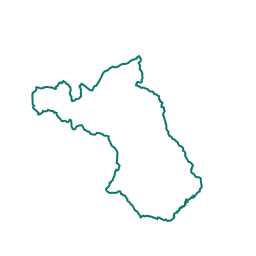 Quan Son, Thanh Hóa, Vietnam (orthographic projection), rotated 221°
{"feature_id": "81297802B81765499113898", "entity_name": "Quan Son", "entity_type": "district", "adm_level": 2, "iso_a3": "VNM", "parent_name": "Vietnam", "parent_adm1": "Thanh Hóa", "projection": "orthographic", "projection_center": [104.801, 20.254], "detail": "fine", "context": "isolated", "style": "outline", "palette": "teal", "viewbox_px": 256, "rotation_deg": 221, "n_neighbors": 0, "source": "geoboundaries", "source_scale": "gbopen_adm2", "svg_char_len": 5790}
<svg xmlns="http://www.w3.org/2000/svg" viewBox="0 0 256 256"><g transform="rotate(221 128 128)"><path d="M223.0,92.2L222.1,90.5L221.1,89.4L215.5,83.4L215.3,83.2L213.3,83.1L213.4,81.9L213.1,81.2L212.0,80.7L209.0,80.9L205.2,80.6L204.8,80.2L204.7,79.4L204.0,79.8L203.1,81.5L203.1,82.6L202.8,83.1L202.8,83.9L203.4,85.2L201.6,86.0L200.9,86.6L200.2,88.0L200.3,89.2L198.0,90.0L195.5,91.7L193.7,91.1L193.1,92.1L191.7,92.5L191.2,91.7L189.2,90.7L188.4,90.9L187.1,90.2L185.7,90.6L183.5,89.9L182.2,89.9L181.6,90.3L181.1,91.4L180.3,92.1L179.8,92.3L177.9,92.5L177.3,93.0L177.0,93.8L177.4,96.0L176.8,96.4L175.8,96.1L175.1,95.6L174.0,94.7L172.6,93.1L171.5,92.1L170.0,91.5L169.3,91.0L168.8,91.0L167.7,91.7L167.2,92.4L167.8,95.2L167.5,96.2L166.2,98.3L164.9,99.7L163.6,99.6L160.0,98.0L159.2,98.4L156.0,98.9L155.0,99.8L152.8,99.0L151.5,99.4L149.6,100.4L148.5,101.4L148.2,103.0L148.3,103.9L146.5,105.2L144.9,105.9L144.4,106.0L143.3,106.7L142.0,106.4L140.8,106.7L138.9,108.2L137.1,108.9L136.3,107.8L134.5,106.3L133.0,106.1L130.5,104.8L128.4,103.9L125.1,104.3L123.3,104.0L121.1,103.2L119.9,102.5L119.1,101.7L117.9,100.0L117.8,99.4L116.7,98.9L115.8,97.2L115.0,96.6L113.6,94.1L112.2,94.4L109.6,94.1L108.8,92.1L108.1,90.9L107.9,90.0L108.2,89.3L109.1,89.1L109.5,88.8L109.0,88.0L109.0,86.8L107.1,83.6L106.2,80.4L105.3,78.6L105.5,77.6L105.5,76.2L105.2,75.6L105.5,75.0L106.0,74.7L104.5,72.8L104.1,71.5L104.3,69.7L104.7,68.6L104.4,67.5L103.6,66.8L101.3,66.5L99.1,67.0L97.5,68.8L96.7,69.2L95.9,70.1L94.8,70.9L94.1,71.8L93.9,72.9L93.4,73.8L93.3,74.3L92.2,75.0L91.6,74.8L89.9,73.6L88.8,74.3L87.4,74.1L86.3,74.9L85.6,74.9L83.0,74.0L81.7,73.9L81.1,73.0L80.1,72.6L78.8,73.0L75.8,72.3L73.1,72.3L69.9,70.7L69.0,70.9L68.0,70.5L66.5,71.0L65.0,70.7L63.9,70.1L62.7,70.2L59.8,68.9L59.2,71.5L58.9,72.0L57.6,72.1L56.9,73.0L56.5,73.9L55.4,74.3L54.7,75.3L53.6,75.3L51.9,76.7L49.8,77.0L49.0,77.8L46.2,78.5L46.8,80.0L46.0,80.6L45.1,81.1L44.3,80.8L43.5,81.0L42.8,81.6L40.2,82.1L39.7,82.8L39.5,83.7L37.1,83.8L36.2,85.2L35.2,85.7L34.8,87.1L34.7,88.4L34.3,89.7L34.6,90.4L34.6,91.2L35.1,91.7L35.8,91.6L36.0,92.4L36.9,93.3L36.7,94.0L36.1,95.3L36.0,96.1L35.5,96.2L35.4,96.6L35.7,97.1L35.6,97.6L35.9,97.8L35.4,98.5L35.3,99.3L35.8,100.0L35.7,100.3L36.2,100.5L36.4,101.9L36.0,101.9L36.0,102.3L35.3,102.7L35.3,103.6L35.6,103.7L35.7,104.3L35.0,104.5L34.4,105.4L34.7,105.7L34.5,106.0L34.6,107.1L34.9,107.6L34.6,107.8L35.1,108.2L35.0,108.5L35.5,108.6L35.2,109.4L35.5,109.7L35.4,110.2L36.2,109.7L36.5,109.9L36.5,110.5L35.6,111.0L36.7,111.1L36.8,111.6L37.2,112.2L36.4,112.6L35.7,112.6L35.2,113.0L35.2,114.0L34.8,114.6L34.9,115.2L34.6,116.0L34.6,117.4L34.1,117.2L34.0,117.6L33.3,117.8L34.2,119.6L33.0,119.4L32.7,119.6L33.1,121.9L32.9,123.3L33.2,124.0L32.9,125.9L32.2,127.1L33.4,128.5L33.6,130.1L33.4,130.8L34.0,132.4L35.3,133.2L35.8,133.8L38.4,135.8L38.9,136.6L40.0,137.7L40.9,137.7L42.9,136.9L43.8,136.0L45.3,135.6L46.4,136.1L48.6,136.4L50.0,136.0L50.5,136.0L51.6,136.3L52.4,137.4L52.5,138.0L53.4,138.4L53.4,139.6L54.0,140.2L54.1,142.1L56.0,142.9L57.2,142.8L57.7,143.0L59.0,142.8L59.6,142.4L60.6,142.2L61.3,142.7L63.6,143.3L65.3,144.2L66.6,144.5L67.4,145.1L67.5,145.9L68.4,146.8L70.1,147.3L71.4,147.0L72.2,147.6L72.7,148.7L72.9,148.9L73.9,149.1L75.5,149.1L77.1,148.4L78.0,148.3L79.5,149.0L80.1,149.1L80.9,149.7L82.3,149.7L82.8,149.5L85.1,149.8L86.2,149.6L87.2,149.0L88.6,149.6L90.1,149.8L91.2,149.2L93.7,150.0L94.1,150.3L94.3,151.0L95.3,151.7L98.0,152.2L98.8,152.7L99.4,153.6L101.7,156.0L102.7,156.0L103.1,156.8L103.9,157.5L105.6,158.0L107.4,159.6L107.8,159.7L108.2,160.3L109.6,160.5L110.3,160.9L110.7,162.0L111.2,163.1L111.3,164.4L111.7,165.1L112.5,165.2L113.4,165.9L113.9,166.6L114.9,166.9L116.0,166.5L116.3,165.9L116.5,165.8L117.5,167.0L118.1,168.3L118.2,169.2L118.4,169.5L118.8,169.7L119.5,169.6L120.8,169.1L121.2,169.2L121.9,170.1L122.5,169.9L123.4,170.0L124.5,171.6L125.8,172.4L126.8,171.9L129.0,171.9L129.6,171.2L130.9,170.8L131.9,171.7L132.9,171.5L133.5,171.6L135.1,170.1L137.5,170.0L139.0,170.2L141.7,168.9L142.5,168.9L143.8,167.8L144.1,167.1L145.1,166.8L145.6,166.9L146.8,166.9L147.4,166.2L148.6,166.1L149.9,165.5L150.3,166.0L150.5,167.5L151.1,168.0L150.9,168.9L150.3,169.6L149.1,170.0L148.2,170.6L147.9,171.1L147.9,171.8L148.0,172.3L149.4,173.3L149.5,174.7L149.8,175.3L152.6,177.7L152.5,178.1L152.7,178.5L154.3,179.3L156.7,180.1L157.1,180.0L157.8,180.2L158.2,180.9L158.9,181.4L159.5,182.9L160.6,183.2L161.0,183.6L162.6,184.0L162.7,184.3L162.2,186.7L163.1,187.9L164.0,188.8L165.0,189.0L165.3,188.8L166.3,189.4L166.9,189.5L167.1,188.2L167.6,186.8L167.0,185.9L169.3,182.3L169.9,181.1L170.2,179.7L170.2,178.3L170.6,176.8L172.6,173.9L173.8,173.3L174.2,172.7L175.1,170.6L175.9,167.4L176.7,166.9L176.9,166.0L177.8,165.2L178.5,164.7L179.7,164.4L179.9,164.1L181.0,160.5L181.2,157.8L182.5,156.3L182.8,154.2L182.8,152.7L181.5,149.1L180.9,145.7L180.3,144.8L180.6,143.3L180.1,142.4L180.2,141.4L179.9,140.5L179.5,140.1L179.8,138.9L180.5,137.9L180.7,137.2L180.5,135.9L179.9,134.5L179.9,133.4L179.7,132.8L182.1,131.6L190.9,131.3L192.1,130.8L191.7,129.0L191.7,128.5L192.2,128.1L192.0,127.7L188.8,126.1L186.7,123.9L186.5,123.3L184.2,121.3L184.3,119.0L184.5,117.7L186.3,115.5L186.2,114.2L187.2,112.2L187.8,111.6L188.4,111.7L188.9,112.6L189.7,112.8L191.2,114.5L193.2,115.0L194.7,116.1L195.5,117.3L196.0,119.0L197.2,120.1L198.6,121.1L199.6,120.8L201.3,121.5L202.4,121.4L203.6,120.8L204.6,121.3L205.8,121.4L206.8,120.9L207.5,121.0L207.8,120.0L207.3,119.1L207.5,118.2L209.1,117.9L209.6,116.5L209.1,115.8L209.1,114.2L208.8,113.7L208.8,113.2L209.3,112.7L209.5,111.7L208.2,110.5L208.2,110.2L208.9,109.4L210.4,109.2L212.9,108.2L213.7,107.2L215.6,106.2L216.6,105.3L218.1,103.7L217.8,103.2L219.8,100.6L220.5,100.2L221.3,100.1L223.8,98.8L223.8,98.2L222.3,96.8L222.1,95.8L222.3,94.5L222.6,93.9L222.5,92.6L223.0,92.2Z" fill="none" stroke="#0f766e" stroke-width="2"/></g></svg>